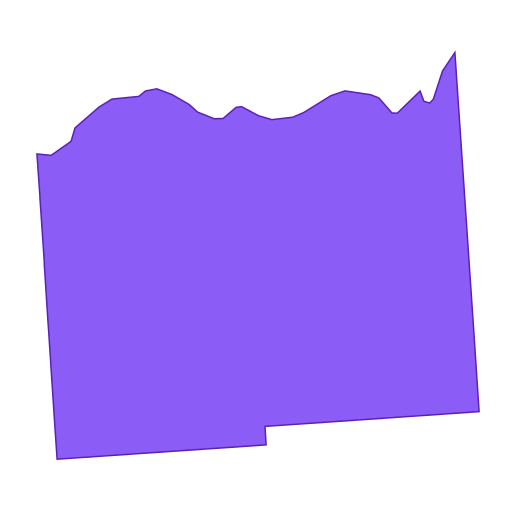 Emmons, North Dakota, United States of America, rotated 86°
{"feature_id": "52423323B40885711739246", "entity_name": "Emmons", "entity_type": "district", "adm_level": 2, "iso_a3": "USA", "parent_name": "United States of America", "parent_adm1": "North Dakota", "projection": "natural_earth1", "projection_center": [-100.392, 46.288], "detail": "fine", "context": "isolated", "style": "filled", "palette": "violet", "viewbox_px": 512, "rotation_deg": 86, "n_neighbors": 0, "source": "geoboundaries", "source_scale": "gbopen_adm2", "svg_char_len": 872}
<svg xmlns="http://www.w3.org/2000/svg" viewBox="0 0 512 512"><g transform="rotate(86 256 256)"><path d="M346.9,44.0L66.9,43.4L84.4,57.0L112.0,68.2L115.5,72.0L113.4,77.7L102.9,80.8L123.4,105.1L122.8,110.4L106.9,122.4L103.1,130.3L97.5,155.7L101.3,170.1L116.2,198.4L120.1,209.6L121.1,230.6L116.3,243.6L106.0,260.0L106.3,265.5L116.5,279.2L116.2,288.0L108.4,304.2L100.2,312.1L89.1,328.5L82.3,343.3L83.7,354.8L88.6,361.7L89.4,388.7L96.4,402.1L115.6,427.6L128.7,432.5L141.3,453.3L138.9,467.4L139.0,467.4L145.0,467.4L162.7,467.4L178.3,467.4L181.3,467.4L183.4,467.5L188.1,467.5L244.4,467.6L248.6,467.7L249.2,467.8L253.3,467.8L253.8,467.8L304.1,468.1L313.1,468.1L318.1,468.1L333.3,468.2L334.2,468.2L346.0,468.2L353.3,468.3L384.1,468.4L403.3,468.5L444.7,468.6L444.8,468.6L445.1,259.1L426.6,258.9L426.8,44.3L346.9,44.0Z" fill="#8b5cf6" stroke="#5b21b6" stroke-width="1.5"/></g></svg>